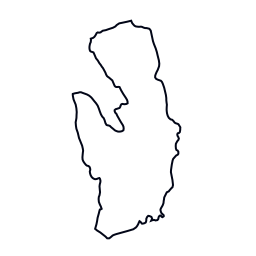 the district of Tsamba-Magotsi, Ngounié, Gabon, rotated 169°
{"feature_id": "22940354B73947944893462", "entity_name": "Tsamba-Magotsi", "entity_type": "district", "adm_level": 2, "iso_a3": "GAB", "parent_name": "Gabon", "parent_adm1": "Ngounié", "projection": "equal_earth", "projection_center": [10.858, -1.184], "detail": "fine", "context": "isolated", "style": "outline", "palette": "ink", "viewbox_px": 256, "rotation_deg": 169, "n_neighbors": 0, "source": "geoboundaries", "source_scale": "gbopen_adm2", "svg_char_len": 3927}
<svg xmlns="http://www.w3.org/2000/svg" viewBox="0 0 256 256"><g transform="rotate(169 128 128)"><path d="M179.5,35.3L177.9,33.3L175.1,30.7L172.6,27.8L170.7,25.6L169.5,23.7L167.5,23.3L166.2,23.9L164.9,24.6L163.6,25.4L161.9,25.8L159.6,26.1L148.1,27.0L142.1,27.6L139.1,28.9L137.7,30.1L136.4,31.6L135.4,33.1L134.5,34.3L133.7,33.6L132.6,31.5L131.8,31.3L130.0,31.4L128.6,31.9L127.8,33.4L127.3,35.5L126.1,37.1L124.9,37.9L123.6,37.4L122.0,36.3L121.6,34.4L122.1,33.7L122.9,32.6L121.4,32.9L119.7,32.7L118.6,32.0L116.7,32.0L115.7,32.8L115.1,34.3L114.5,35.3L113.1,36.0L112.4,35.7L112.0,34.5L111.2,33.9L109.8,34.5L109.6,35.5L110.6,37.0L111.4,38.1L111.7,39.4L111.8,41.4L111.2,42.6L110.0,44.0L108.7,45.5L107.5,47.5L106.8,49.8L106.3,51.0L105.7,52.9L102.2,57.5L100.1,58.0L99.0,59.0L96.8,60.7L95.7,61.3L94.7,63.4L94.3,68.4L94.3,71.6L94.3,76.5L93.7,78.8L92.0,83.7L90.4,87.6L89.5,89.1L87.7,90.5L86.0,91.8L84.3,92.3L83.5,93.1L83.1,95.1L83.6,96.4L84.6,97.1L84.9,98.6L84.6,101.2L84.0,103.4L82.2,105.6L80.9,106.6L80.1,107.9L80.3,109.3L80.9,111.0L80.8,112.5L80.2,113.3L78.9,113.4L77.9,114.1L77.1,116.2L76.9,117.2L76.5,118.7L77.8,122.1L78.8,122.8L80.3,123.6L81.2,124.4L82.0,126.1L83.0,127.6L84.6,128.4L86.0,130.2L86.7,132.5L86.9,134.9L86.8,136.7L86.6,138.6L86.0,141.2L85.4,143.4L85.3,145.5L85.1,147.9L84.7,150.1L84.5,153.2L84.8,160.7L85.4,164.8L85.9,166.8L86.7,168.1L88.1,168.9L89.8,169.9L91.1,171.0L91.7,172.5L91.3,174.2L90.5,175.6L89.3,177.4L87.7,179.4L85.7,182.7L85.0,185.2L84.8,188.4L85.1,194.0L85.2,197.0L85.6,200.7L86.5,205.4L86.9,208.5L87.1,219.3L88.1,221.3L89.7,222.1L90.9,222.6L92.1,222.8L93.6,223.6L94.8,224.5L95.9,225.0L97.7,225.2L98.9,225.5L100.9,226.2L102.1,227.1L103.1,228.7L103.9,230.2L104.2,231.5L104.4,232.7L108.4,232.5L113.9,232.4L116.6,232.4L119.5,231.2L121.0,230.1L123.6,229.3L128.4,228.7L131.1,228.3L134.2,228.3L135.8,227.6L136.7,227.1L138.2,227.1L139.5,227.6L140.6,227.2L142.3,225.1L143.7,223.8L145.2,223.1L147.5,222.8L147.5,221.9L147.8,220.6L148.3,219.2L149.1,218.2L149.8,216.6L150.3,215.2L150.6,213.8L150.7,212.1L150.4,210.7L149.7,210.0L148.7,209.5L147.5,208.8L147.2,207.7L146.7,205.4L146.1,202.5L144.8,200.1L143.7,197.0L142.7,195.1L142.0,193.2L141.2,191.7L140.7,190.2L140.2,188.6L139.6,186.6L139.3,184.8L138.8,183.2L138.2,182.3L137.2,181.3L136.3,180.2L135.2,178.8L134.3,177.7L134.0,176.2L133.5,173.9L133.1,172.0L132.4,170.9L131.7,170.5L130.8,170.3L129.5,170.2L128.5,169.8L127.6,166.4L126.2,162.4L124.3,157.8L123.6,155.8L123.4,154.1L123.7,152.3L125.1,151.9L126.9,152.0L128.1,152.4L128.8,152.7L129.9,152.6L130.8,151.7L131.7,150.1L132.5,149.3L134.6,149.0L136.6,148.8L137.7,148.1L137.9,147.2L137.6,145.5L136.7,144.2L136.2,142.1L135.0,138.5L134.2,136.1L133.3,133.7L132.5,131.7L132.2,130.0L132.4,128.0L133.0,126.6L134.7,126.0L136.7,126.0L138.5,126.4L140.1,127.3L141.3,128.2L142.8,130.1L144.4,132.0L145.4,133.5L146.6,134.2L147.7,134.6L148.5,135.1L149.2,137.1L149.5,140.2L150.0,142.4L150.8,143.5L151.4,144.8L152.0,146.8L152.5,149.7L152.9,152.6L153.5,155.7L154.6,158.3L156.3,161.4L157.1,163.0L158.2,165.0L159.9,167.1L161.8,168.7L163.6,169.8L165.3,170.8L167.4,172.1L168.9,172.3L170.2,172.1L173.3,172.2L175.7,172.0L175.8,171.7L176.0,170.0L176.0,166.5L175.5,163.9L174.9,161.0L174.9,157.3L175.3,153.4L176.0,150.7L176.7,147.7L177.6,145.3L178.3,143.6L178.7,140.0L178.8,137.1L178.2,133.0L178.1,130.5L178.0,127.6L177.6,125.6L176.9,121.9L176.4,119.4L176.3,116.2L176.4,114.2L176.9,112.8L177.6,110.5L178.3,108.0L178.6,105.7L178.2,103.7L177.3,101.6L176.3,99.8L175.5,98.9L174.2,98.3L173.3,97.4L172.9,95.8L173.0,94.2L173.8,92.6L173.9,90.8L173.7,88.9L173.1,87.0L172.2,85.6L171.2,84.7L170.5,84.2L169.4,83.9L167.9,84.0L166.7,84.3L165.6,84.3L165.2,83.4L165.1,81.6L165.4,80.3L166.4,78.2L167.1,76.2L167.5,72.4L167.7,70.3L168.8,67.4L169.8,65.9L170.4,63.8L170.7,61.0L170.2,58.2L169.7,56.4L169.4,54.4L169.3,53.7L170.5,53.3L171.2,53.3L172.0,51.8L172.9,49.8L175.0,45.6L176.1,42.5L177.4,39.4L179.5,35.3Z" fill="none" stroke="#020617" stroke-width="2"/></g></svg>